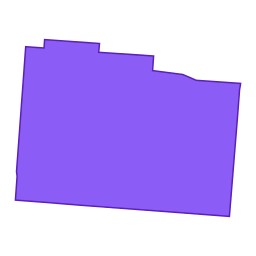 Greene, Ohio, United States of America (Robinson projection)
{"feature_id": "52423323B31889876987005", "entity_name": "Greene", "entity_type": "district", "adm_level": 2, "iso_a3": "USA", "parent_name": "United States of America", "parent_adm1": "Ohio", "projection": "robinson", "projection_center": [-83.906, 39.7], "detail": "fine", "context": "isolated", "style": "filled", "palette": "violet", "viewbox_px": 256, "rotation_deg": 0, "n_neighbors": 0, "source": "geoboundaries", "source_scale": "gbopen_adm2", "svg_char_len": 358}
<svg xmlns="http://www.w3.org/2000/svg" viewBox="0 0 256 256"><path d="M44.6,39.6L44.0,48.0L25.7,46.7L23.8,73.0L16.5,171.6L17.1,176.3L15.4,200.1L43.0,202.2L81.5,205.3L229.4,216.4L237.4,118.3L239.6,89.4L240.4,85.2L240.6,83.4L196.2,80.3L182.8,74.5L152.6,70.6L153.6,56.0L98.7,52.3L99.5,43.5L44.6,39.6Z" fill="#8b5cf6" stroke="#5b21b6" stroke-width="1.5"/></svg>